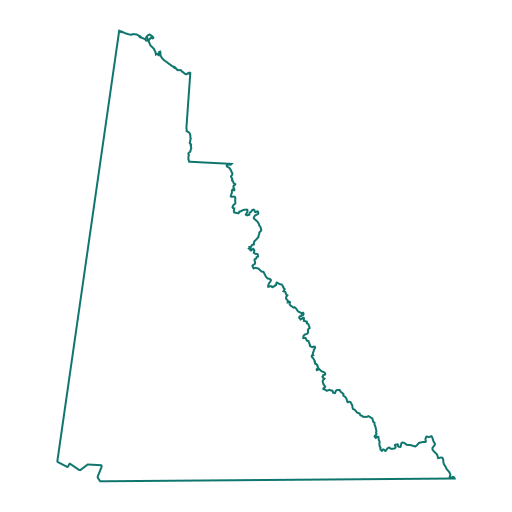 Yukon, Albers equal-area conic projection
{"feature_id": "CAN-636", "entity_name": "Yukon", "entity_type": "Territory", "adm_level": 1, "iso_a3": "CAN", "parent_name": "Canada", "parent_adm1": "", "projection": "albers", "projection_center": [-131.937, 64.827], "detail": "fine", "context": "isolated", "style": "outline", "palette": "teal", "viewbox_px": 512, "rotation_deg": 0, "n_neighbors": 0, "source": "natural_earth", "source_scale": "10m", "svg_char_len": 6046}
<svg xmlns="http://www.w3.org/2000/svg" viewBox="0 0 512 512"><path d="M67.4,467.0L57.7,462.0L57.4,461.5L57.4,460.8L119.2,30.7L120.9,31.4L120.7,31.8L121.2,32.2L121.8,32.2L121.7,31.9L122.1,31.7L124.8,33.1L128.6,34.3L131.5,34.8L132.8,34.1L136.5,34.4L141.4,37.0L138.7,35.7L139.8,37.1L145.1,39.1L146.0,40.5L148.5,40.9L150.4,45.4L153.8,48.7L155.6,52.5L155.9,54.4L156.7,53.8L157.6,53.9L157.5,54.3L157.2,54.2L158.5,55.0L158.5,54.5L159.0,54.2L159.6,52.2L158.6,52.8L159.1,52.0L159.7,51.7L160.3,52.0L160.4,52.8L160.4,54.9L160.6,55.5L161.8,57.8L163.8,60.0L172.8,66.6L174.4,66.8L175.0,67.4L174.2,67.3L174.2,67.7L176.3,68.8L177.5,70.1L180.2,70.1L181.3,70.5L181.8,71.5L182.7,71.9L185.2,74.0L186.6,74.3L187.7,73.3L188.9,73.6L188.7,73.0L189.4,72.6L190.3,73.0L186.4,127.9L186.7,129.4L186.6,131.1L189.1,132.5L189.6,133.1L190.3,135.1L190.4,137.7L190.8,138.6L190.5,139.1L190.2,141.3L189.7,143.0L191.1,144.5L191.0,145.1L190.7,145.3L191.3,148.3L190.8,149.2L190.3,151.6L188.7,152.9L188.4,153.6L188.4,154.2L188.9,155.2L188.4,156.8L188.5,157.7L188.3,158.9L188.8,160.3L189.1,161.7L231.5,163.9L230.7,164.7L227.6,164.6L226.7,165.6L226.7,166.1L227.0,166.5L229.6,168.1L230.2,168.9L230.3,169.6L231.1,170.4L231.5,172.0L232.3,173.0L232.4,173.5L232.1,175.0L231.1,176.1L231.0,176.8L232.4,179.0L231.9,180.1L232.0,180.5L232.9,181.1L233.7,183.2L235.3,184.2L235.1,184.7L233.7,185.7L233.4,186.5L233.5,187.5L234.3,189.2L234.4,190.0L234.0,190.4L232.5,189.6L232.0,190.3L231.8,192.9L230.7,196.2L231.1,196.7L231.8,196.8L234.2,196.6L235.1,197.1L235.4,198.6L235.1,200.4L235.4,202.4L235.2,203.6L233.4,205.1L232.9,206.1L232.5,207.3L233.0,208.1L234.3,208.4L233.8,211.4L234.2,212.5L238.4,213.3L239.1,212.6L239.2,211.8L239.5,211.5L240.4,211.5L243.4,209.9L246.6,209.6L247.3,209.8L247.5,210.9L247.3,212.0L245.8,214.6L246.3,215.1L247.6,215.3L249.3,214.7L249.5,213.3L249.9,212.5L250.9,211.9L252.5,209.9L253.7,209.6L254.4,210.1L254.8,211.7L255.6,212.2L257.3,211.3L258.0,211.7L258.3,212.7L258.3,213.6L258.1,213.9L254.9,215.6L253.9,217.3L253.8,218.4L257.6,221.8L259.0,224.2L259.3,225.6L260.5,227.1L261.3,230.0L260.7,231.2L259.3,232.4L259.3,233.8L258.7,235.2L258.4,237.2L257.8,237.4L257.4,238.3L254.4,241.3L253.9,242.5L253.9,244.5L252.1,244.9L250.7,247.0L249.4,247.1L249.7,247.6L250.6,247.9L250.7,248.5L250.5,248.8L249.3,248.9L250.7,250.4L251.1,250.4L251.1,249.9L251.4,249.7L252.4,249.7L253.1,248.8L253.8,249.3L254.4,250.4L253.8,252.9L255.3,253.8L257.4,254.0L257.7,254.5L258.1,256.3L257.8,256.8L256.6,257.1L256.1,258.6L254.6,259.4L254.5,260.4L255.1,262.2L255.1,263.3L254.7,264.0L252.6,265.4L252.4,266.0L252.5,266.3L253.6,268.4L255.1,267.8L258.3,268.5L261.5,271.5L263.5,271.9L265.9,276.6L267.6,278.5L269.9,278.9L271.0,280.1L270.4,281.5L269.2,283.1L268.5,284.5L268.1,286.3L268.2,286.8L271.0,286.1L272.3,287.2L272.7,287.2L273.3,286.4L274.5,286.3L275.0,285.4L276.1,285.0L276.4,283.1L276.9,282.5L279.6,284.1L281.7,284.5L283.3,286.8L283.3,287.6L284.7,289.1L283.5,291.2L285.3,291.9L286.2,294.5L287.4,295.3L286.1,297.2L286.0,298.2L286.3,299.0L287.8,300.6L287.7,302.3L289.1,301.7L289.9,302.0L290.0,302.5L289.5,303.7L289.7,304.4L290.3,305.4L293.6,307.6L294.6,307.2L296.6,309.1L297.4,310.6L298.1,311.4L301.5,313.2L303.0,312.7L303.3,313.0L303.6,314.0L303.4,314.7L303.0,315.2L301.6,315.1L301.2,316.0L300.0,316.2L299.2,317.2L299.2,317.8L300.6,319.5L303.1,317.7L303.8,317.9L304.0,318.4L303.6,319.4L304.1,320.2L303.9,320.9L306.8,321.6L306.8,323.2L308.3,324.1L309.7,328.0L308.3,329.1L308.0,329.9L307.9,330.5L308.1,332.4L307.9,332.9L306.8,333.9L304.9,334.5L303.6,335.7L303.2,338.0L303.6,338.2L305.2,337.9L305.7,338.2L306.9,340.7L308.5,341.1L309.7,344.4L310.0,344.9L309.8,345.7L309.9,346.0L312.2,347.2L313.9,346.6L314.8,346.7L315.1,347.9L313.8,350.0L313.7,351.3L313.0,352.5L312.8,354.4L313.2,355.2L311.9,355.5L311.7,356.3L312.0,357.1L313.3,358.4L314.8,361.2L314.9,361.5L314.6,361.8L315.1,362.8L315.2,363.8L316.3,364.0L316.8,364.8L317.5,365.3L317.5,366.6L318.1,367.3L318.1,368.3L316.9,369.0L316.6,369.6L317.0,370.2L319.1,369.0L321.7,371.4L323.6,372.0L324.7,372.7L325.3,374.0L324.7,374.8L323.2,375.1L323.0,376.3L322.5,376.7L323.1,377.9L324.5,378.7L323.4,379.8L322.8,380.6L322.6,381.4L323.4,384.0L324.5,385.8L325.2,386.5L324.9,387.2L323.5,388.3L323.3,388.8L323.4,389.2L324.5,389.3L326.9,390.8L329.4,389.8L331.3,390.6L332.1,390.5L332.7,391.2L333.1,392.7L334.7,393.2L335.0,393.0L335.8,390.9L336.6,390.2L339.6,389.9L340.6,391.7L343.4,393.9L343.3,395.5L343.5,395.8L344.7,396.5L345.9,397.7L346.8,399.6L347.3,401.8L347.9,402.3L349.2,401.7L350.4,402.0L352.3,405.4L352.5,407.6L353.1,409.1L354.7,409.7L357.2,412.7L359.6,413.5L360.4,415.3L362.2,415.9L363.2,416.9L366.8,416.9L368.4,416.1L372.3,418.4L372.7,419.5L373.1,421.6L374.5,422.7L374.5,424.4L375.4,426.7L376.4,431.1L376.0,432.7L376.5,433.9L375.9,435.1L374.8,435.8L374.6,436.2L374.7,436.7L375.8,437.9L377.2,436.7L378.4,436.9L378.7,439.6L379.7,442.1L379.3,443.6L379.7,446.5L380.5,447.3L380.3,448.5L380.6,449.7L381.9,450.8L382.5,449.7L383.2,449.4L384.0,449.7L385.1,450.9L385.5,451.0L387.6,448.3L389.0,447.5L391.3,448.9L394.1,448.6L395.1,448.1L395.6,447.3L395.5,446.5L394.9,445.5L395.0,444.9L395.8,444.6L397.6,444.3L397.9,444.6L397.9,446.1L398.4,446.6L400.3,447.0L400.7,446.5L401.2,443.8L401.6,443.0L402.4,442.5L404.2,442.9L406.9,444.9L410.7,445.1L415.1,446.5L416.8,445.4L418.9,442.9L422.4,442.1L425.4,442.0L425.8,441.5L425.5,439.7L425.5,438.6L426.2,436.9L426.7,436.5L428.1,437.0L430.0,436.8L431.4,436.2L432.2,437.3L433.4,441.1L435.0,444.0L434.6,445.3L432.6,447.6L432.4,449.3L433.6,451.1L436.7,454.1L437.4,455.5L438.1,458.1L441.2,457.5L442.1,457.7L442.8,458.4L443.2,459.7L443.4,462.4L444.0,464.4L445.5,466.6L446.8,469.3L449.2,472.0L450.3,474.4L450.3,475.1L449.6,477.2L449.7,478.2L450.4,478.3L452.6,476.9L453.3,476.9L454.0,477.4L454.6,478.5L100.2,481.3L97.7,477.6L97.8,476.3L101.4,467.4L101.6,466.4L101.5,465.5L101.0,465.2L87.7,464.5L80.3,470.1L79.2,470.0L69.9,463.7L69.5,463.9L67.8,466.8L67.4,467.0ZM149.7,34.5L152.6,36.6L153.3,37.8L152.7,38.4L150.7,37.8L149.1,39.9L148.7,39.9L147.6,39.0L147.0,37.4L145.7,37.9L147.9,35.3L149.7,34.5Z" fill="none" stroke="#0f766e" stroke-width="2"/></svg>